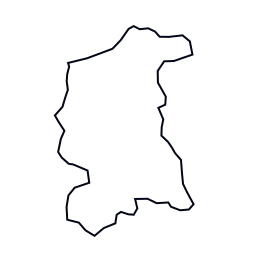 Spitali, Limassol, Cyprus, rotated 348°
{"feature_id": "46923920B19373286387095", "entity_name": "Spitali", "entity_type": "district", "adm_level": 2, "iso_a3": "CYP", "parent_name": "Cyprus", "parent_adm1": "Limassol", "projection": "orthographic", "projection_center": [33.009, 34.764], "detail": "fine", "context": "isolated", "style": "outline", "palette": "ink", "viewbox_px": 256, "rotation_deg": 348, "n_neighbors": 0, "source": "geoboundaries", "source_scale": "gbopen_adm2", "svg_char_len": 988}
<svg xmlns="http://www.w3.org/2000/svg" viewBox="0 0 256 256"><g transform="rotate(348 128 128)"><path d="M82.9,51.9L83.2,55.7L79.7,62.8L77.8,69.4L77.1,78.2L73.2,84.7L68.3,93.7L59.1,100.5L61.4,107.6L65.2,117.5L60.0,124.8L54.7,136.9L57.0,143.1L62.6,150.7L66.7,152.2L79.6,161.2L78.7,173.5L63.4,175.3L55.7,181.6L51.5,192.4L49.5,205.1L60.2,210.3L65.2,219.3L72.8,226.5L83.6,220.8L95.8,218.6L98.9,210.5L103.7,208.6L110.4,212.5L115.6,214.0L120.4,208.6L120.2,198.9L132.4,201.3L140.4,207.5L151.9,209.2L153.7,214.0L161.9,219.3L170.6,220.4L172.5,219.0L176.3,216.2L172.4,203.1L170.2,194.1L171.5,182.8L173.2,170.3L170.0,164.5L168.7,162.0L166.9,156.3L164.3,150.0L159.1,142.4L161.1,134.3L164.3,126.9L161.9,114.6L169.3,112.9L171.5,105.2L166.7,89.9L168.9,78.4L177.2,70.3L186.9,72.0L197.2,70.7L206.3,69.6L206.5,56.1L200.6,48.7L187.2,47.4L178.0,45.4L174.5,39.3L168.5,34.7L160.0,33.8L154.7,29.5L149.2,31.2L139.1,40.6L129.2,47.3L102.4,51.3L82.9,51.9Z" fill="none" stroke="#020617" stroke-width="2"/></g></svg>